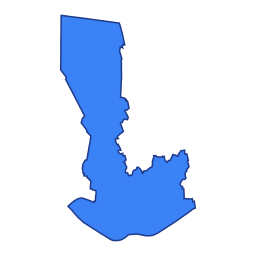 Huyen Cai Lay, Tiền Giang, Vietnam (Equal Earth projection)
{"feature_id": "81297802B21182108853425", "entity_name": "Huyen Cai Lay", "entity_type": "district", "adm_level": 2, "iso_a3": "VNM", "parent_name": "Vietnam", "parent_adm1": "Tiền Giang", "projection": "equal_earth", "projection_center": [106.102, 10.405], "detail": "fine", "context": "isolated", "style": "filled", "palette": "blue", "viewbox_px": 256, "rotation_deg": 0, "n_neighbors": 0, "source": "geoboundaries", "source_scale": "gbopen_adm2", "svg_char_len": 5868}
<svg xmlns="http://www.w3.org/2000/svg" viewBox="0 0 256 256"><path d="M68.0,206.2L69.1,207.4L71.2,209.5L74.1,212.9L75.9,215.0L78.7,218.0L81.3,220.3L82.9,221.9L83.5,222.4L100.9,233.5L102.2,234.4L103.2,234.8L106.0,236.6L110.3,239.3L111.2,239.8L112.8,240.4L114.2,240.6L117.2,240.5L117.9,240.4L119.9,240.2L121.5,239.6L123.0,238.9L124.7,237.9L127.4,235.7L127.8,235.4L128.3,235.0L129.0,234.5L130.1,234.5L131.7,234.4L137.1,234.1L138.6,234.3L141.4,234.9L143.2,235.2L144.8,235.6L147.8,235.8L150.1,235.8L151.7,235.5L153.9,234.9L156.4,233.8L158.8,232.4L176.4,221.0L176.7,220.7L182.6,216.6L184.6,215.1L186.7,213.7L191.4,210.2L192.4,209.3L192.7,209.2L194.7,208.3L195.3,208.1L194.8,204.7L194.3,201.2L192.8,201.8L192.3,198.6L191.8,198.8L191.1,199.0L190.5,199.0L188.8,198.9L187.0,198.7L185.9,198.7L184.0,198.7L184.2,197.6L184.1,195.9L184.1,194.3L184.1,194.0L184.0,192.9L183.9,190.7L183.8,188.9L182.2,188.6L182.4,187.8L182.7,187.3L182.7,187.1L182.7,186.9L182.6,186.7L182.0,186.4L181.1,186.0L180.1,184.8L180.2,184.4L180.4,183.2L180.7,182.3L181.1,181.7L181.8,180.7L182.8,179.6L183.4,179.3L184.1,179.3L184.9,179.3L185.4,178.8L185.6,178.6L185.8,178.4L185.8,178.1L185.8,177.5L185.7,177.2L185.6,176.9L185.2,176.2L185.1,175.5L185.2,174.7L185.1,173.3L185.3,172.6L185.4,172.3L185.6,172.1L186.3,171.8L186.5,171.6L186.7,171.1L186.7,169.7L186.7,169.4L187.4,168.9L187.7,168.5L187.9,168.2L188.0,168.0L188.3,167.5L188.6,167.1L188.8,166.9L189.0,166.8L188.5,164.7L188.0,162.8L187.3,161.3L188.4,160.5L186.8,153.9L184.8,154.1L184.6,151.5L184.7,150.2L180.9,150.8L178.2,154.5L178.2,155.9L177.1,155.9L175.4,155.2L172.9,154.5L172.2,156.1L171.3,158.0L170.8,158.9L170.6,159.5L170.4,159.9L169.6,160.5L169.2,160.6L168.7,160.5L168.4,160.5L167.2,162.4L165.8,161.1L165.2,160.5L165.1,160.3L164.9,160.0L164.8,159.8L164.7,159.5L164.6,158.7L164.3,156.4L162.5,156.3L162.4,157.1L157.4,156.9L156.9,156.6L156.2,156.5L155.9,155.6L153.7,155.7L153.8,156.5L153.8,157.0L153.8,157.3L153.6,157.8L153.1,159.0L152.6,160.7L152.5,161.3L152.4,162.0L152.4,163.6L152.4,164.2L152.3,165.4L152.2,165.7L151.9,166.6L151.7,167.3L151.1,167.5L150.2,167.5L149.1,168.7L147.9,169.3L146.8,170.6L145.7,170.8L144.3,171.0L143.3,171.3L143.4,173.0L142.4,173.3L141.6,171.4L140.7,169.8L139.9,168.6L139.2,168.0L138.3,167.3L137.7,167.1L137.4,167.2L137.1,167.3L136.7,167.9L136.6,168.1L136.6,168.4L136.7,168.7L136.7,168.9L136.6,169.1L136.4,169.3L136.1,169.4L135.8,169.5L135.6,169.8L135.3,170.0L134.8,170.1L134.4,170.1L134.0,170.2L133.7,170.3L133.4,170.7L133.2,171.0L133.0,171.4L132.9,171.8L132.7,172.4L132.5,173.5L132.3,174.3L132.3,174.5L132.1,174.8L131.9,174.9L131.6,175.0L131.4,175.0L131.1,175.1L131.0,175.3L130.6,175.5L130.4,175.2L129.9,175.3L129.2,175.5L128.9,175.5L128.6,175.7L128.4,175.4L128.1,174.1L127.8,173.3L127.6,173.0L127.4,172.9L127.2,172.8L126.6,172.8L126.3,172.8L126.1,172.9L125.8,172.9L125.6,172.7L125.4,172.2L125.4,171.5L125.4,171.1L125.4,170.4L125.6,169.9L126.2,168.6L126.6,168.1L126.6,167.2L126.6,166.9L126.5,166.7L125.9,165.6L125.6,165.2L125.4,164.8L125.3,164.5L125.3,164.2L125.3,163.7L125.2,163.4L125.1,163.1L125.0,162.9L124.8,162.6L124.7,162.4L123.8,162.0L124.7,161.1L125.5,160.6L126.0,159.8L125.9,159.4L125.8,159.1L125.8,158.7L125.7,158.3L125.3,157.3L125.2,156.5L125.2,156.3L125.1,156.0L125.0,155.7L124.9,155.6L124.7,155.5L124.4,155.6L124.1,155.7L123.8,155.8L123.6,155.8L123.0,155.8L122.8,153.3L122.3,153.5L121.0,153.9L120.3,153.9L119.7,153.6L119.0,152.8L118.4,152.4L118.3,152.1L118.2,151.6L118.3,150.6L119.4,150.4L120.8,150.3L120.1,148.2L118.2,144.5L117.4,145.0L115.7,141.6L115.6,141.3L115.5,138.8L118.3,138.6L117.5,137.4L117.4,137.2L117.4,136.9L117.4,136.7L117.8,136.0L119.3,134.7L120.8,133.4L122.6,132.1L123.4,131.4L121.9,127.3L120.4,123.4L120.4,123.0L120.5,122.9L121.1,122.7L121.8,122.6L122.2,122.4L122.3,122.3L122.6,121.9L122.9,121.4L123.0,120.5L123.2,120.2L123.4,119.8L123.7,119.6L124.1,119.4L124.4,119.3L124.9,119.3L125.7,119.3L126.4,119.5L127.0,119.7L127.3,119.7L127.5,119.5L127.9,118.4L128.2,117.8L128.0,116.9L127.3,115.4L125.0,111.2L124.9,110.8L124.9,110.2L126.1,110.2L126.7,110.2L126.8,110.1L127.2,109.9L127.5,109.6L128.3,108.8L128.9,108.3L129.1,108.1L128.4,105.3L128.2,104.2L127.8,102.0L126.2,99.6L126.1,99.8L126.0,100.0L125.8,100.3L125.8,100.5L125.4,100.1L125.3,99.8L125.2,99.1L125.1,98.7L124.8,98.3L124.5,98.1L122.5,97.6L122.4,97.5L120.5,97.2L120.6,95.6L120.7,93.6L121.0,88.5L121.0,86.2L121.1,84.9L121.3,81.2L121.3,80.4L121.4,79.5L121.5,78.5L121.5,72.1L121.4,71.3L121.4,69.3L121.4,64.2L121.3,59.3L121.9,58.9L119.6,51.1L120.3,47.0L122.7,47.8L122.2,46.6L122.0,45.9L123.5,45.1L123.3,44.3L124.7,44.7L124.5,43.9L123.8,40.6L122.5,34.7L122.1,32.9L121.3,30.0L121.1,29.0L120.6,27.3L120.1,25.5L119.2,23.1L116.1,22.7L109.7,21.8L84.0,18.3L77.6,17.5L71.1,16.7L64.7,15.8L61.2,15.4L61.1,17.6L61.1,19.8L61.1,21.9L61.1,22.9L61.1,25.3L61.1,25.8L61.1,27.4L61.0,37.5L60.9,40.4L60.9,43.3L60.9,46.1L60.9,48.9L60.9,51.7L60.9,54.5L60.8,63.0L60.7,68.7L60.7,69.6L61.1,70.4L63.4,73.5L65.9,76.7L66.5,77.5L65.6,79.2L65.9,79.9L68.3,84.4L69.7,87.1L72.6,92.7L73.5,94.5L78.1,103.3L79.1,105.4L79.9,106.9L81.5,109.9L82.5,111.9L84.7,116.2L84.0,116.8L82.8,117.9L82.4,118.5L82.2,118.9L81.9,120.3L81.5,121.7L81.1,122.7L83.6,125.9L86.8,130.3L87.0,130.7L86.9,131.1L86.7,131.7L89.3,134.4L90.1,135.2L91.0,136.0L90.5,138.6L90.1,141.6L88.7,149.0L88.6,150.0L87.5,156.1L86.9,159.9L85.3,160.1L83.6,162.9L83.0,164.4L82.7,165.9L82.6,167.2L82.3,168.3L82.7,169.9L82.8,170.1L82.8,171.4L83.3,173.7L84.3,173.5L83.9,175.8L87.2,176.2L87.2,176.6L87.1,177.7L87.9,178.1L88.8,179.1L90.9,181.2L90.3,188.0L90.4,188.9L90.8,189.0L92.2,189.1L92.7,190.0L93.6,189.9L95.8,190.7L95.9,190.8L95.9,191.2L95.9,191.5L96.1,192.1L96.1,192.5L96.1,193.0L96.0,193.4L95.9,194.6L95.6,197.0L95.5,198.6L95.4,200.0L95.2,201.2L94.4,201.0L94.1,202.3L87.7,199.9L84.6,198.8L82.6,198.1L80.2,198.1L78.7,198.6L77.1,199.2L74.1,201.0L70.9,203.6L68.0,206.2Z" fill="#3b82f6" stroke="#1e3a8a" stroke-width="1.5"/></svg>